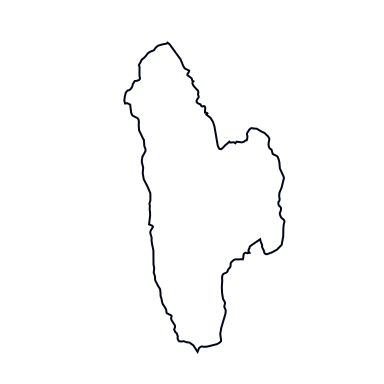 the Department of Tolima, rotated 326°
{"feature_id": "COL-1402", "entity_name": "Tolima", "entity_type": "Department", "adm_level": 1, "iso_a3": "COL", "parent_name": "Colombia", "parent_adm1": "", "projection": "mercator", "projection_center": [-75.185, 4.102], "detail": "fine", "context": "isolated", "style": "outline", "palette": "ink", "viewbox_px": 384, "rotation_deg": 326, "n_neighbors": 0, "source": "natural_earth", "source_scale": "10m", "svg_char_len": 3981}
<svg xmlns="http://www.w3.org/2000/svg" viewBox="0 0 384 384"><g transform="rotate(326 192 192)"><path d="M276.6,230.2L276.0,231.9L268.8,238.4L264.1,241.5L262.8,243.0L261.8,244.5L260.6,247.0L259.7,248.0L258.9,248.4L258.2,248.6L257.6,249.1L256.9,250.3L256.5,251.3L256.6,252.6L256.9,253.6L256.9,254.7L256.5,255.6L255.1,257.2L254.0,257.8L252.9,258.7L252.2,260.0L251.7,262.7L251.9,264.4L252.5,265.8L252.6,267.1L251.9,268.5L249.6,270.5L247.3,273.4L242.9,279.7L236.7,286.0L230.1,287.3L224.6,286.8L219.3,285.5L218.4,284.6L217.9,283.5L218.2,282.2L218.7,280.8L219.0,279.4L219.2,277.4L219.4,276.7L220.3,275.4L220.7,274.4L220.8,273.2L221.5,270.6L222.1,269.3L210.7,269.4L209.8,269.5L208.9,269.9L208.2,270.7L206.9,271.3L205.7,272.6L205.7,274.6L203.5,273.6L203.2,273.0L202.6,272.3L201.6,272.1L200.3,272.3L198.7,273.9L197.8,275.1L196.9,276.0L196.5,276.3L194.8,275.0L193.2,274.1L190.9,272.5L189.7,271.9L188.5,271.7L185.2,272.2L184.6,272.5L183.9,273.0L183.1,274.3L182.4,275.1L181.6,275.7L179.3,276.3L178.2,276.7L177.1,277.7L175.8,278.0L174.8,278.0L173.7,277.7L172.4,277.5L171.1,277.8L169.4,279.3L167.2,282.8L163.7,287.3L160.5,292.5L158.0,297.8L157.5,302.3L154.6,305.2L153.8,309.0L151.7,311.6L140.4,320.9L136.0,325.5L133.5,330.6L132.5,332.0L130.8,332.3L127.6,332.1L118.5,328.8L116.2,327.6L114.7,326.4L113.8,325.5L112.1,325.2L110.7,325.3L107.2,327.6L107.4,320.0L105.7,315.4L103.2,313.2L101.7,311.0L100.0,310.3L97.8,308.5L97.8,307.2L98.0,305.9L98.4,304.9L99.5,303.8L100.3,300.6L99.8,298.6L100.3,296.0L102.1,294.8L103.2,293.2L103.4,286.9L103.8,285.4L104.5,284.5L105.3,283.9L105.8,283.2L105.5,282.0L104.7,280.9L103.3,278.1L104.8,275.0L105.1,272.2L105.1,268.3L105.9,266.0L107.1,263.2L107.5,261.4L108.3,259.8L109.6,257.9L110.3,256.4L111.2,254.8L111.3,253.3L111.3,251.1L112.1,244.7L113.2,242.6L114.1,241.3L115.3,237.2L115.8,236.7L117.9,234.2L118.3,233.5L119.6,230.5L127.3,218.9L129.9,212.5L131.6,209.2L132.9,207.5L134.4,202.9L135.3,201.6L136.6,200.7L140.2,199.1L140.2,197.8L138.3,194.8L144.2,188.0L146.2,184.8L147.0,183.0L149.4,179.8L150.2,177.8L152.7,175.8L155.5,171.7L156.8,169.6L158.2,162.4L159.1,154.5L161.7,148.8L165.1,144.6L167.1,139.2L168.0,137.9L170.5,135.1L176.1,132.2L176.8,131.4L177.5,130.2L178.1,127.4L181.3,121.8L181.2,120.9L182.6,111.3L185.2,106.8L187.3,104.0L188.1,102.2L188.2,100.4L187.2,98.7L185.4,95.2L185.6,93.7L186.0,92.0L189.6,85.0L188.0,82.2L186.0,81.2L187.1,78.2L189.8,75.2L192.3,72.9L194.0,72.1L195.4,71.9L196.7,72.4L198.3,72.4L200.5,71.7L202.1,70.6L203.2,69.5L206.5,68.0L209.0,69.2L210.7,69.5L211.8,69.2L212.4,68.8L212.7,68.2L212.9,67.5L213.5,66.2L218.4,59.0L219.0,57.0L221.8,55.7L222.7,55.0L224.7,54.1L226.4,54.1L228.8,53.7L233.0,52.3L235.4,52.3L239.8,53.2L242.0,52.2L244.4,51.8L245.5,51.7L249.6,52.9L254.0,54.8L255.2,54.5L256.0,56.9L256.7,75.6L255.2,82.7L255.1,85.1L255.5,86.4L257.2,89.1L257.5,89.8L256.9,90.5L254.3,91.7L253.6,92.3L253.7,93.1L255.1,97.0L255.1,98.2L254.7,99.2L254.6,100.0L255.1,101.0L253.7,101.4L253.0,102.5L252.7,104.0L252.7,105.7L253.6,111.3L253.1,112.8L251.5,114.5L251.2,115.7L250.7,117.0L249.6,117.6L248.1,118.1L246.8,118.9L246.1,120.3L246.4,121.6L248.0,124.1L248.0,124.4L247.9,124.9L247.8,125.5L248.0,126.4L248.6,127.0L249.4,127.2L250.1,127.5L250.4,128.4L250.0,129.8L248.0,132.1L247.2,133.5L248.6,134.7L248.8,135.4L247.2,135.9L248.8,140.8L248.6,145.5L247.4,149.9L239.2,168.1L238.8,171.5L240.0,172.8L242.4,172.6L245.8,171.8L248.3,171.6L251.1,171.1L251.3,172.4L254.0,173.8L254.5,174.2L255.2,175.8L257.1,175.2L260.9,178.6L262.2,179.1L263.5,179.4L264.7,179.2L265.4,179.3L266.1,179.7L266.7,179.5L267.3,179.0L268.2,177.8L268.8,177.3L269.2,176.6L269.8,174.9L270.4,174.2L271.4,173.6L274.5,172.3L275.7,172.2L276.4,172.1L277.5,172.7L278.1,173.3L279.1,174.2L281.1,175.8L283.7,181.4L284.5,182.5L285.3,184.2L285.5,185.6L286.2,188.4L285.9,191.1L284.4,192.8L283.8,193.3L282.3,195.0L281.5,196.4L281.0,197.8L280.8,199.3L281.6,201.3L280.2,205.7L282.5,209.7L282.6,211.2L282.1,213.3L281.1,216.1L278.0,221.7L276.6,230.2Z" fill="none" stroke="#020617" stroke-width="2"/></g></svg>